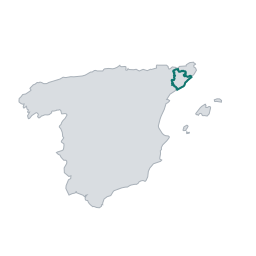 where Barcelona sits in Spain, rotated 344°
{"feature_id": "ESP-5809", "entity_name": "Barcelona", "entity_type": "Autonomous Community", "adm_level": 1, "iso_a3": "ESP", "parent_name": "Spain", "parent_adm1": "", "projection": "robinson", "projection_center": [1.935, 41.755], "detail": "fine", "context": "in_parent", "style": "outline", "palette": "teal", "viewbox_px": 256, "rotation_deg": 344, "n_neighbors": 0, "source": "natural_earth", "source_scale": "10m", "svg_char_len": 5444}
<svg xmlns="http://www.w3.org/2000/svg" viewBox="0 0 256 256"><g transform="rotate(344 128 128)"><path d="M137.4,65.5L137.4,66.1L138.5,67.3L142.0,68.0L142.8,68.5L142.6,70.1L141.8,71.5L142.5,72.1L143.3,72.1L144.4,70.9L144.6,71.7L146.1,72.4L149.6,73.6L152.0,73.8L154.5,76.3L158.7,75.8L162.4,78.2L165.8,77.7L166.6,78.2L172.0,78.2L172.3,76.3L173.0,75.5L182.3,78.2L183.5,79.9L183.3,80.7L183.7,82.7L185.0,82.6L187.4,81.5L190.6,82.9L191.5,84.1L192.1,84.2L194.6,83.0L201.1,84.4L201.3,83.5L201.8,83.2L204.5,82.4L205.6,82.2L209.1,82.8L209.5,83.9L210.2,84.4L210.5,85.3L208.5,85.9L208.2,87.6L209.5,89.0L209.7,91.4L206.2,94.6L196.2,99.9L192.9,103.1L185.4,104.7L177.7,107.1L173.0,111.3L174.2,111.6L175.6,113.1L175.1,113.7L173.1,114.7L171.3,115.0L167.9,120.2L163.2,125.6L161.4,128.1L157.7,134.4L157.6,136.3L159.4,142.6L160.4,144.3L161.9,145.7L164.6,146.8L165.3,148.0L164.4,149.1L161.6,151.1L156.7,153.8L154.7,155.9L154.2,157.9L152.8,158.8L152.2,161.7L150.2,165.7L150.1,166.7L151.6,168.1L150.1,169.0L142.6,169.4L138.0,172.5L135.6,175.3L133.5,180.4L130.9,183.4L129.7,184.0L128.0,182.6L125.8,182.4L123.7,182.9L122.6,183.9L120.8,184.5L119.2,184.0L115.5,183.7L113.9,183.8L111.3,184.6L109.1,184.1L105.5,183.8L97.5,184.4L96.5,184.8L92.8,188.2L89.0,188.3L85.4,189.7L83.0,193.1L82.5,194.9L81.8,194.4L81.3,194.6L80.9,195.9L78.5,196.8L75.8,195.7L73.6,194.0L72.4,193.9L70.6,191.3L69.8,189.7L69.3,187.9L69.3,186.6L67.6,185.9L67.2,184.3L68.5,182.1L70.2,181.0L68.7,181.0L67.5,182.4L66.2,180.2L60.5,175.9L60.9,174.4L59.8,175.6L59.2,175.9L56.2,175.7L52.8,176.2L51.6,169.0L52.6,166.4L56.5,161.4L59.0,160.8L60.0,158.2L57.8,158.3L54.5,153.4L55.6,148.8L59.1,145.4L59.8,144.0L59.9,142.7L59.3,141.8L57.4,141.3L55.6,137.7L55.2,135.4L53.7,134.1L52.4,131.9L53.6,131.6L58.6,131.5L59.8,131.0L60.7,129.5L61.7,127.0L62.0,125.5L60.2,123.3L60.1,122.9L60.4,122.2L63.5,119.8L62.9,118.0L63.6,114.3L63.4,112.1L63.2,110.3L62.2,108.0L62.9,107.0L64.5,106.2L65.8,104.4L67.7,102.8L70.1,101.5L73.0,98.7L72.6,97.5L71.6,96.8L68.3,96.2L68.1,95.7L68.2,92.7L67.4,91.5L66.1,91.6L64.3,91.1L63.8,91.4L61.4,91.3L59.8,90.8L59.1,91.2L58.8,92.3L56.0,93.4L54.4,93.3L51.8,92.4L48.9,92.7L48.5,92.5L46.0,93.7L45.1,93.8L44.2,92.3L45.6,90.1L44.5,88.1L43.8,88.0L39.0,89.5L36.2,91.5L35.1,91.7L34.8,91.4L34.8,88.6L37.8,85.6L36.0,85.4L36.1,84.5L37.3,83.2L36.2,82.1L36.3,79.1L33.8,80.1L33.1,79.9L33.1,78.7L34.8,76.3L33.2,76.0L32.0,75.1L30.5,73.1L30.6,72.1L31.5,69.7L33.8,68.5L36.0,66.8L39.0,67.1L43.5,65.7L45.1,65.0L45.1,63.9L44.6,63.2L45.1,62.5L48.8,60.4L50.9,60.2L53.2,59.2L54.7,59.9L56.0,59.6L57.4,60.4L59.3,62.2L62.1,62.9L64.5,62.4L76.2,62.2L79.6,61.3L82.1,62.4L87.1,62.9L90.1,63.9L98.4,65.4L101.4,65.4L107.5,63.9L109.1,64.3L111.5,63.5L112.7,63.7L114.2,64.7L119.5,66.2L120.9,65.0L121.9,64.7L125.8,65.4L129.6,66.9L131.6,67.0L134.5,66.6L137.4,65.5ZM208.4,129.6L209.8,130.2L211.3,129.7L212.1,129.8L212.8,130.1L213.0,131.3L209.9,136.8L207.4,138.3L204.8,137.1L203.4,136.8L202.9,136.4L202.6,134.6L201.9,134.0L200.9,133.8L199.0,135.2L198.4,134.2L197.4,134.1L197.1,133.5L197.1,132.8L203.1,128.4L204.9,127.5L208.6,126.4L209.1,126.6L208.7,127.2L209.2,127.8L208.4,129.6ZM225.5,127.3L224.9,128.9L220.4,126.8L218.9,126.6L218.6,126.3L218.7,124.7L221.7,124.5L224.1,125.3L225.5,127.3ZM183.6,145.2L183.0,146.3L180.8,145.9L180.3,145.4L180.8,144.2L181.4,144.0L181.5,143.2L182.2,142.3L185.3,141.5L186.0,142.1L186.2,143.0L184.3,144.9L183.6,145.2ZM185.7,149.6L185.4,149.8L183.0,149.6L182.9,148.9L183.4,147.8L184.3,148.9L185.7,149.0L185.7,149.6Z" fill="#d9dde1" stroke="#a8b0b8" stroke-width="1"/><path d="M202.9,96.7L201.1,97.4L198.2,98.7L197.9,99.0L197.0,99.5L196.0,99.9L195.5,100.2L195.2,100.7L194.5,101.8L194.0,102.4L193.6,102.8L192.6,103.3L192.0,103.4L191.0,103.5L190.0,103.8L189.7,103.9L189.6,104.0L189.1,104.0L186.2,104.7L186.3,104.3L186.2,104.2L185.7,104.1L185.5,103.8L185.6,103.7L186.0,103.6L186.1,103.3L186.1,103.2L185.7,102.8L185.4,102.2L185.4,101.8L185.3,101.7L185.0,101.3L184.2,100.9L184.0,100.6L184.2,100.1L184.2,99.7L183.9,99.5L183.1,99.2L183.0,98.9L183.4,98.4L183.5,98.1L183.3,97.9L182.9,98.0L183.1,97.7L182.8,97.5L182.6,97.5L182.6,97.2L182.9,97.0L183.5,96.9L183.1,95.7L183.1,94.3L183.2,94.2L183.3,94.0L183.5,94.0L183.7,93.9L183.8,94.0L184.1,94.3L184.6,94.3L185.1,94.6L185.3,94.6L186.3,93.5L186.4,93.3L186.4,93.1L186.1,92.5L186.1,92.3L186.5,91.7L186.5,91.3L186.6,91.1L186.8,91.0L187.3,91.0L187.4,90.9L187.5,90.8L187.6,90.7L187.5,90.4L187.4,90.3L186.9,90.5L186.8,90.4L186.7,90.2L186.8,90.1L187.1,89.8L187.2,89.7L187.2,89.3L187.2,89.0L187.2,88.9L187.3,88.9L187.5,88.8L187.5,88.7L187.4,88.1L187.5,88.1L187.5,87.9L187.7,87.7L187.8,87.6L187.9,87.3L187.9,87.2L187.4,86.9L187.2,86.7L187.1,86.0L187.1,85.9L187.6,85.3L189.4,85.0L190.4,84.8L190.8,84.9L191.3,85.2L191.5,85.2L191.9,85.1L192.1,85.2L192.3,85.2L192.3,85.3L192.3,85.6L192.3,85.8L192.1,86.0L192.0,86.4L192.0,86.5L192.3,86.8L192.4,87.0L192.5,87.2L192.5,87.7L192.5,87.9L192.6,88.0L193.0,88.0L193.5,88.3L194.0,88.2L194.6,88.2L194.8,88.0L195.0,87.9L195.7,87.9L195.8,88.0L195.9,88.3L196.1,88.4L196.4,88.4L196.9,88.3L197.5,89.0L198.3,89.1L198.6,89.3L198.8,89.6L198.9,90.0L198.9,90.4L198.7,90.6L198.0,91.3L198.1,91.5L198.4,91.8L198.3,92.0L198.1,92.4L197.8,92.4L197.4,92.7L197.2,92.7L196.5,92.4L196.5,92.5L196.4,92.6L196.2,92.8L196.3,93.2L196.4,93.5L196.7,93.8L196.9,94.0L197.0,94.0L197.4,93.9L198.0,93.9L199.6,95.4L200.9,95.2L201.3,94.9L201.6,94.9L201.8,94.9L202.5,95.1L202.8,95.4L202.9,95.7L202.8,95.8L202.7,96.0L202.9,96.7Z" fill="none" stroke="#0f766e" stroke-width="2"/></g></svg>